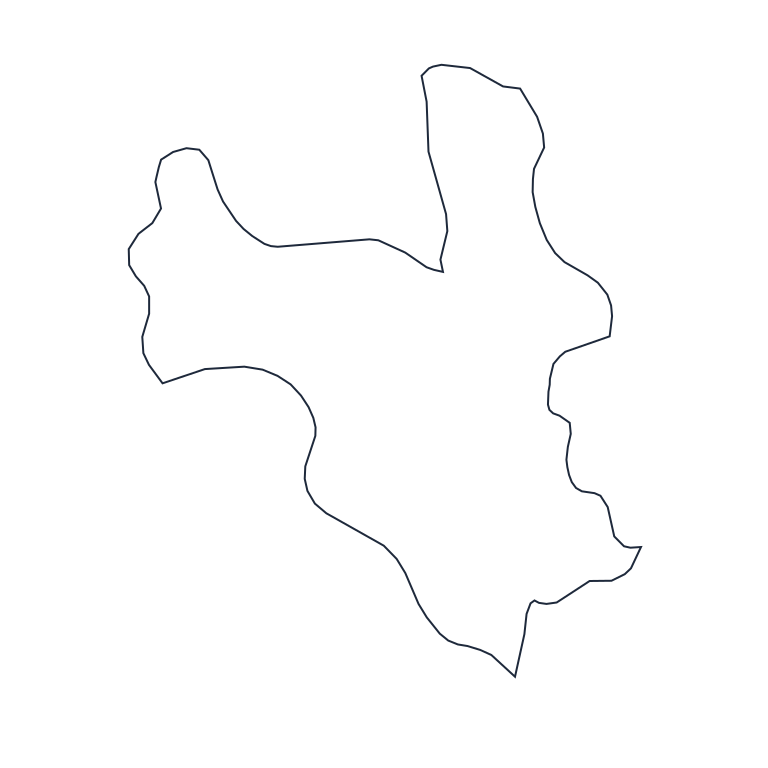 map outline of Ha Noi (Natural Earth projection), rotated 352°
{"feature_id": "VNM-462", "entity_name": "Ha Noi", "entity_type": "Province", "adm_level": 1, "iso_a3": "VNM", "parent_name": "Vietnam", "parent_adm1": "", "projection": "natural_earth1", "projection_center": [105.706, 20.971], "detail": "fine", "context": "isolated", "style": "outline", "palette": "slate", "viewbox_px": 768, "rotation_deg": 352, "n_neighbors": 0, "source": "natural_earth", "source_scale": "10m", "svg_char_len": 1721}
<svg xmlns="http://www.w3.org/2000/svg" viewBox="0 0 768 768"><g transform="rotate(352 384 384)"><path d="M473.0,692.1L452.6,667.3L442.2,660.7L430.2,655.1L420.9,652.2L411.9,647.0L404.5,639.0L393.9,621.1L387.6,606.6L378.8,574.2L372.2,559.0L361.3,544.1L308.9,504.0L298.9,492.8L293.3,479.2L292.3,466.9L294.6,454.6L308.8,425.8L310.2,417.4L309.3,407.7L306.1,396.4L300.2,383.9L291.5,371.4L279.8,361.2L265.8,352.9L248.1,347.4L208.7,344.3L164.8,352.5L153.9,332.3L150.0,320.0L151.2,303.7L161.2,281.7L163.6,264.6L160.2,253.4L153.3,242.9L148.2,230.8L150.0,214.9L161.8,201.1L177.0,192.4L187.6,179.2L185.7,152.2L187.5,147.4L191.2,137.9L194.5,130.8L207.4,124.9L221.2,123.0L233.7,126.3L241.2,137.9L243.2,149.9L246.3,168.2L250.0,180.9L260.2,201.9L266.5,210.9L274.2,219.2L285.1,228.6L291.2,231.7L297.8,233.3L389.7,238.7L398.4,240.9L423.3,256.8L442.4,274.3L449.3,277.9L458.0,281.2L457.2,268.7L468.0,241.4L469.1,224.4L460.4,160.1L465.5,110.4L464.1,84.0L472.4,77.7L476.7,76.5L485.3,75.9L513.2,83.1L543.3,105.9L559.9,110.4L572.8,140.7L576.2,158.1L575.5,172.1L562.5,191.8L560.0,201.8L557.9,214.7L558.5,229.7L560.7,246.4L565.2,264.0L571.7,278.2L579.7,288.4L600.7,304.7L609.9,313.5L617.6,326.6L619.8,337.8L619.3,348.6L614.1,368.2L568.0,377.3L562.0,381.1L554.6,387.7L549.0,401.9L548.0,407.8L545.8,414.5L543.5,427.2L544.2,432.6L547.4,436.6L553.4,439.8L562.5,448.3L562.0,459.4L557.3,471.9L554.1,484.4L554.0,491.9L554.6,499.8L556.3,507.3L559.7,513.7L565.0,517.8L577.3,521.4L582.8,524.8L588.4,537.0L590.8,567.0L599.1,578.1L605.2,580.4L615.8,581.2L602.9,600.9L596.0,605.8L581.9,610.5L560.2,607.7L524.6,624.4L514.3,624.4L507.0,622.3L502.9,619.3L498.6,621.6L493.2,631.5L488.2,651.3L473.0,692.1Z" fill="none" stroke="#1e293b" stroke-width="2"/></g></svg>